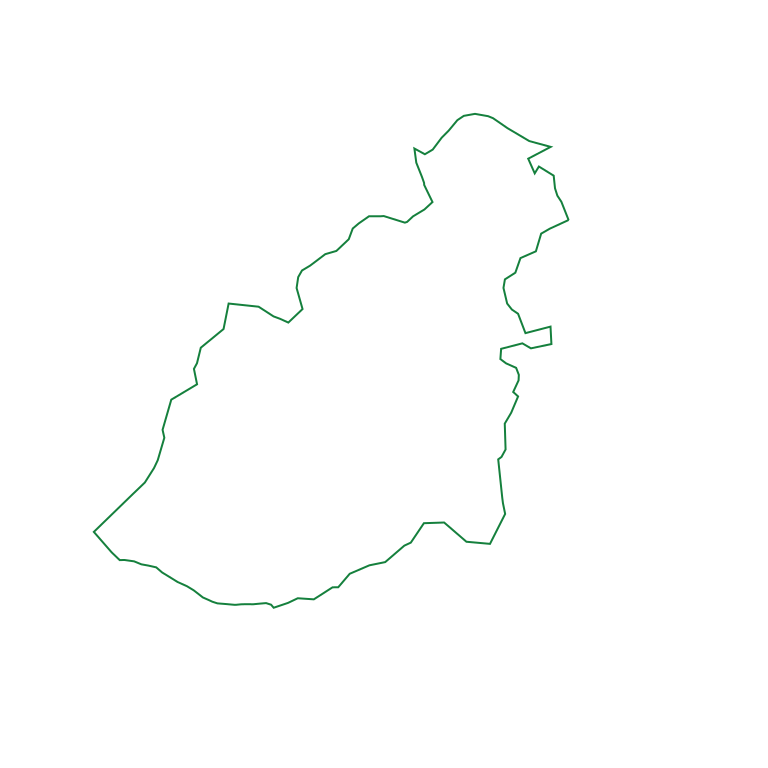 Essien Udim, Akwa Ibom, Nigeria, rotated 302°
{"feature_id": "59680162B25032665557199", "entity_name": "Essien Udim", "entity_type": "district", "adm_level": 2, "iso_a3": "NGA", "parent_name": "Nigeria", "parent_adm1": "Akwa Ibom", "projection": "mercator", "projection_center": [7.658, 5.098], "detail": "fine", "context": "isolated", "style": "outline", "palette": "green", "viewbox_px": 768, "rotation_deg": 302, "n_neighbors": 0, "source": "geoboundaries", "source_scale": "gbopen_adm2", "svg_char_len": 1829}
<svg xmlns="http://www.w3.org/2000/svg" viewBox="0 0 768 768"><g transform="rotate(302 384 384)"><path d="M444.5,504.3L445.7,497.8L458.4,496.2L463.2,493.5L467.7,487.5L466.2,476.6L466.8,469.5L475.9,464.7L491.8,479.8L492.1,489.7L506.6,504.8L520.9,494.8L502.1,477.0L514.6,460.5L514.9,453.0L517.5,445.8L528.8,434.4L536.8,431.1L548.0,436.4L563.1,433.0L577.0,442.5L594.8,437.6L603.6,442.3L620.2,453.2L621.2,453.2L632.5,437.9L635.6,431.2L640.6,425.3L650.6,417.5L650.5,400.1L642.5,400.2L651.5,386.9L673.4,399.7L667.0,378.5L666.4,353.1L667.2,335.6L666.3,330.4L661.3,318.0L653.7,309.6L646.6,306.4L633.2,304.6L623.5,302.4L608.6,301.1L600.5,296.9L599.8,285.0L592.8,290.8L588.8,294.1L579.7,306.5L575.8,311.4L574.1,312.6L564.0,328.7L557.4,326.9L553.4,325.8L547.7,322.9L541.6,319.8L533.7,317.7L531.9,316.2L526.3,294.8L524.5,292.3L518.3,282.4L506.8,277.5L499.3,275.1L488.1,277.4L471.6,273.1L463.0,265.4L445.2,258.6L436.8,254.3L429.2,254.6L419.1,259.0L404.4,275.2L385.4,270.3L384.2,261.3L382.8,254.5L383.1,236.7L369.9,209.6L345.6,218.8L317.7,209.4L302.5,214.4L296.1,214.8L284.7,225.6L258.0,211.9L227.8,220.5L222.0,226.2L199.5,232.5L190.9,233.5L173.7,233.4L157.5,229.3L104.8,216.3L98.6,236.7L97.1,241.6L96.7,243.2L94.6,253.2L97.2,257.1L101.2,266.1L102.5,273.8L105.1,280.3L107.8,288.0L106.6,295.7L106.7,307.4L106.7,313.8L108.1,324.1L108.2,331.9L107.0,343.5L107.9,349.7L108.4,353.8L109.7,359.0L113.7,366.7L117.6,374.4L118.4,375.6L121.4,379.5L124.0,383.4L127.9,389.8L131.8,394.9L135.7,400.1L137.0,405.2L135.8,409.0L147.5,418.6L156.6,424.4L164.2,438.6L184.3,448.1L187.4,452.9L204.9,455.5L222.5,467.7L233.6,479.4L257.7,486.9L263.7,490.8L287.1,491.6L298.4,508.4L293.9,537.5L304.6,558.6L338.0,555.6L346.0,548.0L350.4,544.4L380.6,520.8L384.4,522.3L392.9,521.8L414.4,507.4L427.0,507.1L444.5,504.3Z" fill="none" stroke="#15803d" stroke-width="2"/></g></svg>